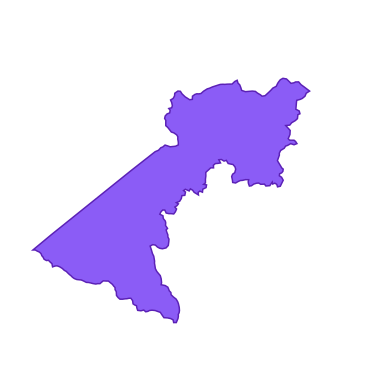 Diorama, Goiás, Brazil, rotated 136°
{"feature_id": "56859067B93328586623041", "entity_name": "Diorama", "entity_type": "district", "adm_level": 2, "iso_a3": "BRA", "parent_name": "Brazil", "parent_adm1": "Goiás", "projection": "orthographic", "projection_center": [-51.364, -16.2], "detail": "fine", "context": "isolated", "style": "filled", "palette": "violet", "viewbox_px": 384, "rotation_deg": 136, "n_neighbors": 0, "source": "geoboundaries", "source_scale": "gbopen_adm2", "svg_char_len": 4162}
<svg xmlns="http://www.w3.org/2000/svg" viewBox="0 0 384 384"><g transform="rotate(136 192 192)"><path d="M150.7,268.2L150.9,266.0L153.1,264.4L155.7,265.5L158.5,265.3L160.6,263.9L161.1,261.7L163.0,259.8L164.8,257.9L164.6,255.5L164.9,252.2L165.2,249.5L164.0,247.2L163.3,243.8L163.8,241.6L165.5,239.9L167.2,237.4L169.1,235.4L172.1,236.4L174.0,237.9L176.3,239.7L177.6,242.3L178.8,244.5L181.8,244.7L183.6,245.5L187.1,245.3L190.5,246.6L220.6,249.7L271.2,254.3L322.7,259.0L346.7,260.8L345.0,259.1L344.4,257.0L343.5,254.8L343.4,252.6L344.3,250.4L344.4,248.5L345.1,246.4L344.3,243.8L342.7,242.6L342.7,239.9L342.5,237.8L344.3,235.0L342.0,233.9L340.4,232.7L339.2,230.3L338.4,227.1L338.3,224.4L337.6,222.2L337.6,220.2L337.5,217.8L337.2,215.7L337.2,213.7L336.8,211.5L335.7,209.1L334.1,207.2L332.8,205.7L331.9,203.6L330.8,200.4L329.3,198.8L328.2,197.2L326.9,195.0L325.1,192.6L323.5,191.6L321.9,190.0L319.5,189.9L317.5,189.7L316.1,188.1L314.0,186.0L313.7,183.2L313.4,180.8L313.7,178.7L313.7,176.8L315.2,175.1L315.7,172.9L318.2,170.0L318.5,167.4L318.3,165.0L316.5,163.2L314.3,161.6L312.9,160.4L311.1,159.3L309.8,158.0L310.2,155.1L312.1,152.5L311.7,150.5L310.9,148.8L312.2,146.9L313.3,144.6L311.2,142.0L308.7,140.6L308.5,138.0L306.7,136.8L304.9,136.3L302.9,134.8L300.8,132.3L299.7,130.0L298.4,127.5L299.0,124.2L299.5,121.1L297.1,118.5L295.3,115.8L294.4,113.2L295.9,110.8L294.0,109.0L290.0,110.7L288.1,112.1L286.9,113.5L285.1,114.1L283.3,115.5L281.3,117.9L279.3,121.2L278.5,123.1L277.8,126.0L278.3,129.4L278.4,132.6L277.0,134.4L277.0,136.6L275.5,140.3L276.3,143.4L278.6,146.7L276.8,148.0L274.5,150.9L272.9,153.9L272.7,156.7L272.5,159.3L271.6,162.3L269.9,164.7L268.4,166.9L266.9,168.3L264.1,172.4L263.2,175.2L261.2,179.0L259.7,182.2L256.8,181.4L255.2,179.2L255.1,176.4L254.3,173.9L252.7,171.7L249.5,169.8L246.2,170.0L243.3,172.3L241.3,174.1L240.6,176.4L239.1,178.0L238.0,180.7L236.9,182.7L234.9,182.8L234.3,186.3L232.3,188.1L231.4,189.6L231.1,192.8L229.4,195.1L230.6,198.4L228.1,199.3L225.6,199.4L224.1,197.9L225.2,194.8L223.7,192.5L222.2,191.1L220.4,188.9L217.7,189.3L214.9,190.5L214.8,193.1L212.4,192.6L210.0,192.9L210.6,195.2L207.4,193.9L204.2,194.7L201.8,196.4L199.5,194.6L196.7,196.5L197.1,198.9L194.9,198.6L193.3,194.7L191.0,195.4L190.3,192.8L190.7,190.3L189.4,185.4L187.9,187.4L185.8,187.2L184.6,184.6L182.3,186.5L178.8,185.4L176.6,187.0L178.3,189.4L176.0,189.2L173.4,191.9L170.9,193.9L168.5,196.5L166.7,196.5L164.5,196.4L161.8,196.4L159.7,194.4L158.0,196.4L155.4,196.2L153.5,194.6L151.3,193.1L150.3,196.6L148.3,195.0L147.5,192.0L145.3,190.9L146.2,187.4L144.9,185.4L143.4,183.3L143.6,180.3L144.7,178.1L147.8,176.2L150.4,176.6L152.7,175.6L154.7,172.4L156.1,170.6L154.4,168.2L151.6,167.5L149.3,166.7L147.6,165.3L144.9,163.7L142.7,161.5L144.5,160.3L145.6,158.7L146.6,156.4L144.9,155.2L142.1,154.8L139.5,153.5L137.8,152.1L137.2,149.8L134.4,147.3L134.7,145.0L131.6,142.5L127.4,143.4L128.4,141.7L126.3,140.8L125.7,138.6L126.9,136.3L124.5,134.8L118.2,137.1L117.3,140.4L117.9,143.0L116.3,144.3L114.3,143.5L112.3,143.7L110.5,145.1L110.7,147.1L110.2,149.0L108.8,155.2L107.0,156.1L103.6,157.8L102.2,159.3L99.4,160.3L95.3,159.4L92.8,160.0L90.8,159.1L87.4,158.2L85.8,155.1L82.9,153.9L82.4,156.4L82.6,158.3L85.8,161.5L85.8,163.5L81.6,165.3L78.6,168.1L78.4,174.7L75.2,172.2L72.2,172.6L68.1,171.6L65.2,171.5L62.1,174.1L60.0,173.3L58.6,175.8L59.8,179.4L57.0,181.8L54.5,184.0L53.0,185.2L49.7,183.4L47.7,182.7L44.2,182.4L41.2,183.7L37.3,182.9L38.4,190.1L39.0,193.4L38.8,197.1L41.0,199.2L42.9,199.8L45.3,201.4L45.4,205.4L45.5,207.7L47.6,210.6L50.5,211.4L52.8,211.1L54.7,210.7L58.0,209.5L61.7,210.6L64.5,210.4L67.6,210.4L72.5,210.5L75.0,212.2L75.3,214.6L76.2,217.7L76.5,220.3L78.5,222.7L83.9,227.1L85.7,230.6L84.3,233.3L83.2,236.0L83.3,238.3L81.9,241.0L84.5,241.8L88.2,241.8L91.6,245.0L93.6,246.6L95.0,248.1L97.0,249.8L99.4,251.0L104.3,253.4L107.3,254.5L109.4,255.6L113.7,256.5L117.1,256.6L118.9,257.8L120.3,259.3L122.2,260.2L125.1,260.6L127.4,258.4L129.6,260.0L130.2,262.7L130.8,265.0L130.9,267.0L131.0,269.5L130.4,272.5L132.0,274.4L135.8,275.0L137.9,273.2L140.6,272.4L143.5,273.1L144.5,270.4L146.2,267.7L148.1,266.7L150.7,268.2Z" fill="#8b5cf6" stroke="#5b21b6" stroke-width="1.5"/></g></svg>